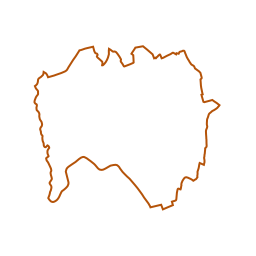 Hoa Thanh, Tây Ninh, Vietnam, rotated 346°
{"feature_id": "81297802B16996300923424", "entity_name": "Hoa Thanh", "entity_type": "district", "adm_level": 2, "iso_a3": "VNM", "parent_name": "Vietnam", "parent_adm1": "Tây Ninh", "projection": "natural_earth1", "projection_center": [106.139, 11.258], "detail": "fine", "context": "isolated", "style": "outline", "palette": "amber", "viewbox_px": 256, "rotation_deg": 346, "n_neighbors": 0, "source": "geoboundaries", "source_scale": "gbopen_adm2", "svg_char_len": 5677}
<svg xmlns="http://www.w3.org/2000/svg" viewBox="0 0 256 256"><g transform="rotate(346 128 128)"><path d="M130.6,210.4L141.6,210.5L142.2,215.4L147.0,214.6L152.3,213.8L152.9,213.7L152.8,210.1L154.2,210.0L155.6,210.0L156.7,209.8L157.0,209.7L157.3,209.4L157.7,208.7L159.8,202.6L161.1,199.9L161.6,199.2L162.1,199.0L162.6,199.2L163.1,199.5L163.8,200.2L164.1,200.3L164.4,199.9L164.9,198.9L165.7,197.0L166.0,196.5L166.1,195.6L166.7,194.3L168.3,192.2L170.3,190.4L171.1,190.0L171.6,189.8L172.7,189.9L174.1,190.7L176.6,192.7L178.0,194.1L178.6,195.0L178.8,195.0L179.4,194.7L180.6,194.3L181.5,194.1L182.0,193.8L183.5,192.5L183.6,191.3L184.1,190.2L184.5,189.0L184.8,187.5L185.0,187.0L186.2,185.1L186.9,183.9L187.4,182.8L188.4,180.5L189.1,179.3L192.7,182.1L193.4,180.7L193.9,179.8L194.2,178.7L194.4,177.8L194.6,175.6L194.8,174.9L195.2,174.2L195.5,173.3L195.7,172.6L196.3,171.4L197.3,168.5L197.6,167.8L197.8,166.8L198.0,166.4L198.1,166.2L198.7,165.9L199.5,165.3L199.7,165.1L199.8,164.8L200.2,163.5L200.2,163.1L200.7,160.8L201.3,158.3L201.5,156.8L201.7,156.0L202.1,153.7L202.3,152.6L202.8,150.2L203.0,149.6L203.3,148.9L203.9,148.0L204.8,146.8L204.9,146.5L205.2,145.9L205.3,145.4L205.3,144.3L205.4,143.4L205.5,143.1L205.7,142.3L206.6,139.4L207.0,138.5L208.1,137.0L209.6,134.5L210.0,134.0L210.7,133.5L212.2,132.8L213.3,132.2L213.9,131.9L215.7,131.5L217.2,131.0L218.8,130.4L219.8,129.9L220.5,129.3L221.5,128.7L222.1,128.2L222.3,128.0L220.1,125.2L217.8,122.7L216.6,121.2L213.9,121.3L208.3,121.4L207.5,120.8L207.3,114.7L207.3,113.5L208.6,113.4L208.6,111.5L208.8,106.4L208.9,105.9L209.0,104.6L210.1,98.4L211.2,97.8L211.5,97.5L211.6,97.2L211.7,96.7L211.6,92.0L210.6,90.2L208.0,87.1L207.4,86.4L207.3,85.4L207.0,84.0L206.1,82.9L205.0,81.9L204.4,80.7L204.3,80.2L203.9,79.3L203.3,77.1L202.8,75.7L202.2,73.4L201.8,70.5L201.6,69.2L201.4,67.4L201.3,67.0L201.0,66.6L200.0,66.3L198.7,66.6L196.8,66.6L196.4,66.7L195.6,67.6L195.1,68.2L193.2,67.2L192.5,68.2L190.5,66.3L190.0,65.9L189.5,65.8L187.2,66.6L183.1,67.4L179.1,68.4L177.5,68.5L177.1,65.6L176.9,64.7L176.7,64.4L176.2,64.5L174.8,65.2L173.9,65.9L173.5,66.1L172.6,66.3L172.3,66.9L172.1,67.0L171.9,67.1L171.7,67.0L171.6,66.7L171.4,66.5L171.1,66.5L170.2,66.7L169.7,62.5L165.4,56.4L162.3,52.3L154.6,51.8L153.6,52.8L150.1,56.0L149.3,56.8L149.9,57.5L150.7,58.6L150.6,59.2L150.0,62.5L149.3,65.8L148.8,66.1L145.2,66.7L139.4,67.4L138.9,67.1L138.1,64.3L137.1,61.9L137.1,61.4L137.2,61.0L137.7,60.1L137.8,59.7L137.0,56.8L135.8,53.6L134.8,51.5L133.7,50.6L133.0,50.4L132.3,50.4L131.7,50.1L129.9,47.8L128.7,46.6L128.1,48.3L127.3,51.8L125.6,54.8L124.1,56.8L122.3,58.7L120.6,60.0L119.3,60.8L118.8,61.0L118.3,61.0L118.0,60.9L118.0,60.7L118.4,60.3L118.5,60.1L118.7,59.8L118.9,58.6L119.0,57.4L116.6,53.8L115.6,52.4L115.1,51.3L115.1,51.0L115.2,50.8L116.2,49.7L116.1,48.9L115.9,48.4L114.5,47.5L114.2,46.7L113.9,45.3L113.8,41.1L113.8,40.7L107.7,40.6L105.5,40.6L102.4,40.9L100.7,41.0L99.7,40.9L98.5,42.1L94.6,45.8L91.1,48.8L85.0,54.6L83.0,56.7L82.4,57.1L81.4,57.6L80.4,57.9L76.6,58.5L71.0,59.0L69.1,59.2L63.5,59.4L62.7,59.4L62.5,57.6L62.1,56.2L61.6,55.1L59.7,53.2L58.9,55.2L58.3,56.0L56.1,57.3L54.0,58.1L53.5,58.3L53.1,58.6L52.6,59.1L52.3,59.7L51.7,61.4L51.1,62.5L50.4,63.4L49.4,64.1L47.8,64.8L48.0,66.1L48.2,67.2L48.4,67.7L49.3,69.5L49.6,70.4L49.5,71.0L49.1,72.5L49.1,72.8L48.9,73.4L48.7,73.7L46.9,75.1L46.0,76.0L45.1,77.3L44.5,78.1L43.8,79.4L43.6,80.1L43.5,80.6L43.6,80.9L43.7,81.2L43.9,81.7L44.3,82.2L44.9,82.8L45.1,83.1L45.1,83.4L45.0,84.2L44.6,85.1L44.1,86.0L43.9,87.1L43.8,87.7L43.8,88.7L44.0,89.0L44.4,89.6L45.1,90.9L45.2,91.5L45.4,92.1L45.4,92.7L45.3,93.2L45.3,93.6L45.0,94.3L44.7,95.4L44.6,97.1L44.6,97.7L44.6,98.1L44.7,98.7L45.5,100.9L45.6,101.5L45.6,102.7L45.5,103.8L45.3,104.2L45.1,104.7L44.8,105.2L44.6,105.4L44.3,105.7L43.5,106.3L43.0,106.9L42.5,107.8L42.5,108.1L42.5,108.6L42.5,109.5L42.6,110.1L42.6,110.7L42.4,111.3L42.3,112.8L42.5,113.7L43.1,114.6L43.1,115.0L43.0,115.6L42.8,116.0L42.6,116.5L42.3,117.8L42.2,118.4L42.2,119.0L42.1,119.5L42.1,120.0L42.2,120.7L42.3,121.5L42.4,122.1L42.4,122.6L42.3,123.3L42.1,124.3L42.1,124.7L42.2,125.6L42.6,126.3L42.9,126.5L43.2,126.6L43.5,126.7L44.3,126.3L45.4,125.5L45.6,125.4L45.7,125.5L46.0,125.7L46.2,126.0L46.5,126.4L46.7,127.1L46.8,127.7L46.8,128.0L46.7,128.3L46.4,128.5L45.7,129.1L45.0,129.8L44.5,130.4L44.2,131.1L44.0,132.0L43.8,132.7L43.8,133.3L43.8,134.0L43.9,134.6L44.0,135.1L44.1,135.8L44.1,136.1L44.0,136.3L43.8,136.4L42.4,137.0L41.7,137.2L41.4,137.5L41.2,137.8L41.2,138.1L41.2,138.6L41.2,139.5L41.3,140.1L41.6,140.7L42.0,141.7L42.2,142.4L42.5,143.8L43.2,147.4L43.4,148.7L43.4,149.5L43.3,150.6L43.2,151.0L42.5,151.9L42.3,152.2L42.0,152.9L41.9,153.7L41.8,155.5L41.9,156.2L41.9,158.3L41.8,158.8L41.7,159.1L41.4,159.5L40.8,160.1L39.0,161.8L38.7,162.2L38.6,162.4L38.6,162.7L38.6,163.1L39.4,165.5L39.5,166.0L39.4,166.6L39.3,167.3L39.0,168.0L38.0,169.9L37.0,171.1L36.7,171.6L36.5,172.2L35.5,174.1L34.3,175.8L33.7,176.7L33.9,177.4L34.4,178.7L35.4,180.5L36.6,181.4L37.7,181.7L38.8,181.6L40.0,181.3L41.0,180.9L42.0,180.4L43.3,179.4L44.7,178.0L46.0,176.3L47.9,174.0L48.7,173.3L50.7,172.5L52.3,171.7L53.4,171.1L55.2,169.9L56.5,168.2L56.9,167.2L57.1,166.2L57.1,164.8L57.1,156.9L57.1,155.3L58.0,153.6L58.7,152.6L59.6,151.9L60.9,151.2L64.3,149.9L67.1,148.9L68.8,148.3L72.9,146.3L75.3,145.4L76.9,145.2L78.2,145.4L79.4,146.3L80.7,147.5L82.1,149.2L83.7,151.1L86.3,154.5L87.2,156.0L89.1,159.9L90.3,161.4L92.0,162.2L93.5,162.4L94.4,162.3L96.3,161.9L101.9,160.3L104.8,160.4L107.0,160.7L108.4,161.4L109.4,162.7L110.0,163.8L110.4,165.2L112.1,169.3L113.6,171.9L115.4,174.9L117.3,177.7L121.0,185.1L122.7,188.7L123.9,191.6L125.6,195.8L126.8,199.4L129.6,206.2L130.5,209.4L130.6,210.4Z" fill="none" stroke="#b45309" stroke-width="2"/></g></svg>